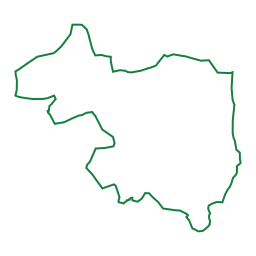 Warawa, Kano, Nigeria (Mercator projection)
{"feature_id": "59680162B63361885953813", "entity_name": "Warawa", "entity_type": "district", "adm_level": 2, "iso_a3": "NGA", "parent_name": "Nigeria", "parent_adm1": "Kano", "projection": "mercator", "projection_center": [8.76, 11.903], "detail": "fine", "context": "isolated", "style": "outline", "palette": "green", "viewbox_px": 256, "rotation_deg": 0, "n_neighbors": 0, "source": "geoboundaries", "source_scale": "gbopen_adm2", "svg_char_len": 2576}
<svg xmlns="http://www.w3.org/2000/svg" viewBox="0 0 256 256"><path d="M232.5,72.2L230.2,73.1L217.6,72.6L209.5,61.1L208.8,60.2L201.2,60.7L195.0,59.1L184.6,56.1L183.4,56.1L173.2,54.3L172.8,54.5L167.3,56.5L164.3,54.9L159.1,61.5L155.9,65.6L150.7,67.6L147.9,68.3L146.0,69.0L144.0,69.6L140.9,70.7L131.6,72.4L127.9,72.1L125.4,70.8L120.0,70.2L113.0,71.7L110.8,61.6L110.8,56.8L105.9,56.2L101.7,55.0L95.3,55.4L93.6,52.0L92.1,48.4L89.0,36.6L89.1,36.4L86.8,29.5L82.0,24.9L80.1,24.7L72.4,24.7L70.5,34.2L61.6,46.0L56.9,50.6L53.6,53.2L37.3,56.7L25.8,64.5L18.0,70.0L15.5,71.3L15.7,74.9L16.6,78.5L16.9,80.8L16.9,83.3L16.8,87.7L16.7,90.3L15.9,93.6L15.4,95.6L17.5,96.5L19.7,97.1L22.5,97.6L32.3,99.0L43.3,98.9L47.5,98.2L54.1,95.6L55.7,99.0L54.7,100.2L53.0,102.3L51.3,104.3L49.5,106.0L48.8,110.8L48.4,110.8L47.7,110.9L47.9,111.4L47.9,111.7L48.0,112.1L48.0,112.5L48.2,112.8L48.4,112.9L48.4,113.1L48.7,113.3L48.9,113.5L49.8,114.4L54.8,123.8L64.3,122.2L72.5,118.2L79.0,115.5L81.7,115.2L86.5,112.8L92.2,112.0L92.7,112.9L95.4,116.1L102.2,129.4L105.5,131.8L113.0,137.0L114.6,143.2L113.4,146.4L104.5,148.0L95.7,148.5L89.9,161.8L87.2,164.7L86.3,167.9L93.1,175.4L95.7,179.2L99.6,184.6L102.5,188.4L113.8,184.4L114.4,184.8L115.6,185.5L119.5,197.2L118.8,199.7L118.7,200.1L118.6,202.2L123.8,203.4L124.0,203.1L124.4,202.7L124.7,202.3L125.1,202.0L125.6,201.7L126.0,201.5L126.3,201.2L126.5,200.8L126.7,200.6L126.9,200.4L127.5,200.5L127.7,200.4L127.6,200.2L127.8,200.2L128.0,200.1L128.3,200.1L128.6,199.8L128.8,199.8L129.0,199.4L129.7,199.6L129.8,199.4L130.0,199.1L130.2,198.7L130.5,198.3L130.6,198.1L130.9,197.9L131.2,197.8L131.4,197.7L131.8,197.6L132.3,197.8L132.5,200.4L137.6,201.7L138.3,201.2L141.6,198.8L145.2,193.1L149.1,193.3L153.1,197.6L158.1,202.0L163.0,208.5L170.7,209.6L174.6,210.2L177.7,210.4L179.4,210.5L179.9,210.6L180.9,211.0L182.6,211.9L185.1,213.1L185.8,213.4L187.9,215.1L187.9,215.5L186.4,217.0L189.2,220.6L192.4,228.4L195.4,229.7L198.0,231.3L200.5,231.2L202.9,230.8L204.9,229.2L205.5,228.8L206.9,227.5L207.9,226.8L209.7,224.5L209.5,223.8L209.9,222.8L210.1,222.0L209.8,220.3L209.2,218.3L209.1,217.2L209.0,216.2L209.2,215.4L209.4,214.6L210.2,213.4L209.3,211.7L208.4,209.4L208.2,207.9L208.7,205.6L211.8,203.8L216.6,202.0L219.2,202.1L222.4,202.4L223.0,200.5L225.2,194.3L227.8,189.4L229.6,187.3L231.4,183.3L233.0,177.9L235.6,175.1L236.9,172.7L237.0,166.1L240.3,163.3L240.6,162.8L239.9,158.9L239.8,152.6L236.4,149.7L235.4,144.2L234.9,141.1L233.7,138.2L232.7,133.6L232.7,128.2L232.7,126.0L232.8,119.7L234.4,105.0L232.6,99.8L231.6,88.1L232.5,72.2Z" fill="none" stroke="#15803d" stroke-width="2"/></svg>